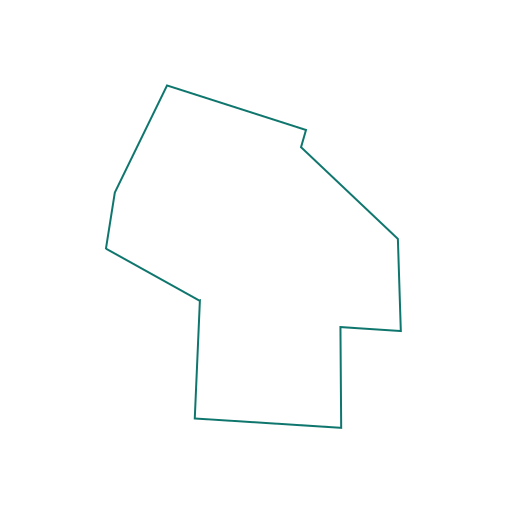 Bois D'Inde, Soufrière, Saint Lucia, rotated 341°
{"feature_id": "8701671B31799938456205", "entity_name": "Bois D'Inde", "entity_type": "district", "adm_level": 2, "iso_a3": "LCA", "parent_name": "Saint Lucia", "parent_adm1": "Soufrière", "projection": "mercator", "projection_center": [-61.035, 13.837], "detail": "fine", "context": "isolated", "style": "outline", "palette": "teal", "viewbox_px": 512, "rotation_deg": 341, "n_neighbors": 0, "source": "geoboundaries", "source_scale": "gbopen_adm2", "svg_char_len": 356}
<svg xmlns="http://www.w3.org/2000/svg" viewBox="0 0 512 512"><g transform="rotate(341 256 256)"><path d="M227.4,65.8L143.2,150.0L116.3,200.6L116.6,200.3L187.9,279.7L188.5,279.7L145.2,389.7L280.6,446.2L312.7,350.7L368.5,374.1L395.1,288.0L395.7,286.0L334.0,167.8L344.3,153.1L342.1,151.5L227.4,65.8Z" fill="none" stroke="#0f766e" stroke-width="2"/></g></svg>